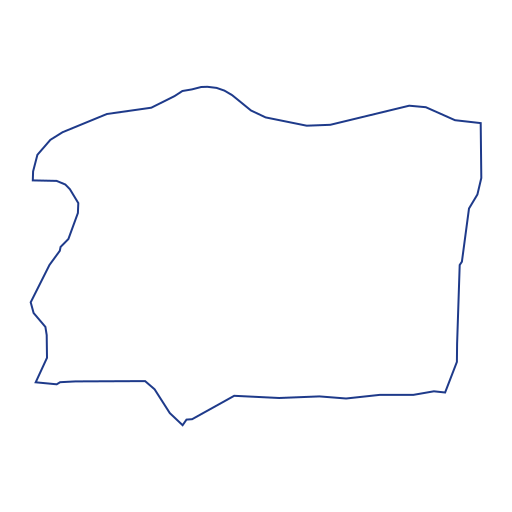 outline of Patzité, Quiché, Guatemala
{"feature_id": "79465075B43387572026262", "entity_name": "Patzité", "entity_type": "district", "adm_level": 2, "iso_a3": "GTM", "parent_name": "Guatemala", "parent_adm1": "Quiché", "projection": "orthographic", "projection_center": [-91.205, 14.971], "detail": "fine", "context": "isolated", "style": "outline", "palette": "blue", "viewbox_px": 512, "rotation_deg": 0, "n_neighbors": 0, "source": "geoboundaries", "source_scale": "gbopen_adm2", "svg_char_len": 852}
<svg xmlns="http://www.w3.org/2000/svg" viewBox="0 0 512 512"><path d="M445.1,392.5L456.9,361.9L457.1,343.6L459.7,265.0L461.9,261.7L469.0,208.5L477.4,194.5L481.3,178.0L480.7,123.1L455.0,120.2L425.8,107.2L409.2,105.7L330.3,124.8L306.7,125.7L265.6,117.4L251.0,110.5L232.2,95.2L224.4,90.6L216.6,87.9L207.4,86.8L201.2,87.0L191.9,89.4L182.4,91.0L174.7,96.0L151.3,107.7L106.9,114.0L62.6,132.2L50.4,139.8L37.4,154.8L33.1,171.4L32.8,180.4L56.6,180.9L65.3,184.5L69.9,189.2L78.3,203.1L77.9,213.0L68.4,239.0L60.6,246.9L59.8,250.8L49.5,264.9L30.7,302.3L33.6,313.0L45.4,326.9L46.7,335.1L47.0,357.8L35.7,382.3L56.7,384.3L60.1,382.2L75.5,381.4L145.1,381.1L154.6,389.3L169.8,413.1L182.6,425.2L186.5,419.6L192.1,419.2L234.2,395.8L279.2,398.0L319.4,396.4L346.1,398.5L379.5,394.9L413.2,394.9L433.9,391.3L445.1,392.5Z" fill="none" stroke="#1e3a8a" stroke-width="2"/></svg>